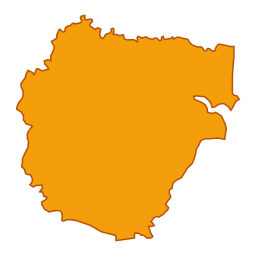 the district of Kuala Muda, Kedah, Malaysia, rotated 180°
{"feature_id": "92858781B60968971882976", "entity_name": "Kuala Muda", "entity_type": "district", "adm_level": 2, "iso_a3": "MYS", "parent_name": "Malaysia", "parent_adm1": "Kedah", "projection": "orthographic", "projection_center": [100.515, 5.701], "detail": "fine", "context": "isolated", "style": "filled", "palette": "amber", "viewbox_px": 256, "rotation_deg": 180, "n_neighbors": 0, "source": "geoboundaries", "source_scale": "gbopen_adm2", "svg_char_len": 3738}
<svg xmlns="http://www.w3.org/2000/svg" viewBox="0 0 256 256"><g transform="rotate(180 128 128)"><path d="M146.5,222.9L150.2,221.7L151.1,220.2L152.5,218.0L153.9,217.5L155.2,218.9L156.3,220.8L156.1,223.0L155.2,226.9L157.8,228.1L159.5,227.7L160.6,226.3L162.4,227.7L164.1,228.8L165.6,229.5L166.3,231.0L165.6,232.5L163.6,234.4L163.9,236.4L165.5,237.0L169.7,236.1L170.8,236.4L171.1,238.0L171.3,240.6L173.0,240.2L174.9,239.7L175.6,238.5L175.3,237.0L174.2,235.5L174.7,233.8L176.3,233.1L177.7,232.8L180.2,232.0L182.4,232.9L184.1,232.0L186.3,230.2L188.7,229.8L190.7,228.0L191.2,224.4L193.4,224.1L195.3,226.1L196.5,226.8L199.1,221.6L199.1,219.7L199.4,217.8L202.2,215.8L204.5,214.7L204.1,213.6L202.8,211.1L201.6,209.5L201.9,208.0L202.5,206.1L203.9,202.7L205.3,200.2L205.1,195.3L208.0,196.3L211.7,195.1L211.2,191.7L209.2,190.0L207.3,187.0L213.6,185.1L218.3,187.3L219.5,187.0L220.7,184.1L221.9,181.4L223.7,183.6L228.0,185.6L230.0,181.7L230.7,178.5L232.7,175.5L235.1,172.4L234.9,169.4L233.2,165.5L232.7,162.1L233.7,157.7L236.3,154.6L238.0,151.9L239.3,148.0L239.3,146.7L235.4,144.3L234.4,143.6L232.4,139.7L232.7,135.8L231.5,135.0L230.2,132.3L225.1,130.6L223.6,129.7L225.6,127.5L228.0,124.0L228.8,121.1L228.5,117.0L227.5,114.8L227.8,110.9L228.3,107.9L230.0,105.0L231.7,101.3L233.6,97.2L233.6,93.3L234.4,89.4L231.7,86.9L231.0,84.7L230.2,82.1L227.3,81.3L225.6,81.3L223.6,77.2L223.9,74.0L226.1,71.3L222.9,69.1L219.5,70.6L214.1,70.8L213.6,68.1L216.3,64.2L213.4,64.0L212.9,62.5L212.2,59.6L209.2,58.9L209.5,57.2L211.4,55.5L214.3,54.0L214.3,51.5L212.9,49.4L211.4,46.7L206.5,44.0L203.4,45.0L199.2,45.5L195.6,45.0L194.3,43.3L193.8,39.8L194.1,35.9L194.1,35.4L192.1,35.0L189.5,36.2L186.0,36.4L179.4,35.4L165.9,30.7L154.8,24.3L140.2,20.5L140.0,15.4L121.6,18.0L121.3,23.0L117.0,22.7L116.0,21.8L114.7,20.8L112.5,20.7L110.8,19.7L109.4,18.0L106.4,17.9L104.1,18.5L103.6,19.2L103.1,19.7L104.1,20.8L105.3,23.0L107.5,29.7L104.6,29.6L101.7,30.4L103.6,33.2L105.0,34.4L103.9,35.7L102.4,38.0L99.6,39.6L97.2,38.9L95.0,40.3L92.2,42.1L90.1,44.7L88.2,46.2L87.4,48.4L90.4,51.3L88.4,55.0L85.5,58.1L85.5,60.1L86.7,62.8L86.7,66.0L83.8,67.7L83.3,72.1L81.6,74.5L78.4,76.4L74.5,78.4L72.8,81.3L70.6,84.5L68.6,87.9L65.7,90.6L63.3,93.3L61.3,99.1L60.3,102.8L59.8,106.7L57.2,110.9L55.2,115.3L51.3,117.2L46.7,117.2L38.4,117.9L31.3,116.7L29.7,127.3L30.9,132.2L34.7,140.2L40.4,143.7L44.2,142.5L48.4,143.7L48.8,147.5L50.7,151.3L55.3,154.0L61.4,156.6L62.5,159.7L59.1,160.1L55.6,159.7L51.4,159.3L49.2,157.4L45.7,154.0L43.8,148.6L41.5,149.0L36.6,152.0L32.0,152.4L27.8,149.4L25.1,145.6L22.8,149.4L20.2,154.7L16.7,156.6L19.0,160.1L22.1,160.8L23.6,162.7L23.6,168.1L23.6,173.4L23.6,178.0L23.2,187.1L22.1,199.0L22.0,209.5L25.8,209.5L33.9,211.4L37.0,211.9L38.4,210.9L39.5,209.5L40.3,207.8L40.9,205.8L42.5,204.8L44.8,205.6L46.3,207.2L48.3,207.5L49.4,205.8L50.9,205.3L52.5,205.8L53.1,207.7L54.8,209.1L57.7,209.1L59.1,209.1L64.4,211.4L65.6,212.7L66.9,214.4L67.7,216.1L69.4,217.0L72.7,217.5L76.9,218.8L79.5,218.6L82.3,217.0L83.4,219.1L85.5,217.5L91.6,216.6L92.2,217.4L92.8,219.7L94.4,218.9L94.7,215.9L96.4,215.3L99.5,218.0L101.6,217.8L103.6,216.6L106.4,217.2L108.1,218.0L109.8,219.1L112.3,218.5L114.2,218.0L117.8,219.7L118.8,218.6L118.4,214.7L119.4,214.1L120.6,215.6L122.7,216.3L126.1,216.3L128.4,216.1L131.0,216.7L131.4,217.0L131.8,217.8L132.2,218.3L132.4,218.8L132.2,219.3L132.1,219.7L132.3,220.3L132.5,220.9L132.9,221.2L133.3,221.4L134.1,221.0L135.8,220.4L137.6,220.6L139.2,221.5L140.1,221.7L140.9,221.6L141.4,221.5L142.0,221.5L142.7,221.6L142.9,222.4L142.8,222.8L142.3,223.1L142.1,223.4L142.2,223.8L142.2,224.9L142.1,225.5L142.1,226.0L142.5,227.6L143.8,227.6L144.6,227.2L144.9,226.7L144.8,226.2L144.7,225.5L145.1,224.2L145.7,223.2L146.5,222.9Z" fill="#f59e0b" stroke="#b45309" stroke-width="1.5"/></g></svg>